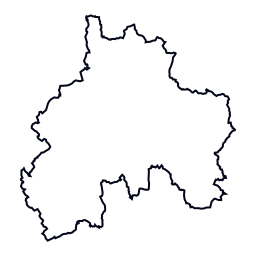 Loikaw, Kayah, Myanmar (Robinson projection)
{"feature_id": "60261553B25125997749826", "entity_name": "Loikaw", "entity_type": "district", "adm_level": 2, "iso_a3": "MMR", "parent_name": "Myanmar", "parent_adm1": "Kayah", "projection": "robinson", "projection_center": [97.339, 19.508], "detail": "fine", "context": "isolated", "style": "outline", "palette": "ink", "viewbox_px": 256, "rotation_deg": 0, "n_neighbors": 0, "source": "geoboundaries", "source_scale": "gbopen_adm2", "svg_char_len": 5770}
<svg xmlns="http://www.w3.org/2000/svg" viewBox="0 0 256 256"><path d="M225.5,193.8L223.8,192.7L222.8,192.5L223.1,191.1L222.6,190.3L220.8,190.1L219.8,187.8L217.7,185.7L213.8,184.3L215.7,179.7L216.6,180.0L218.1,178.9L219.3,180.3L220.8,179.7L222.5,180.2L223.6,178.1L226.0,177.9L225.4,176.0L224.4,176.2L223.4,175.8L223.2,174.0L222.3,172.4L222.6,171.4L221.9,169.5L220.8,169.6L219.8,168.3L219.7,167.8L220.2,167.1L217.4,164.1L217.7,163.2L217.4,159.9L218.3,159.1L218.1,158.0L218.5,157.0L218.1,156.1L215.2,154.4L214.7,153.8L214.8,152.7L217.6,152.4L218.7,150.9L220.4,149.8L220.4,149.1L222.2,147.6L222.9,146.2L222.9,144.7L223.3,143.3L225.1,141.7L225.6,140.0L226.4,139.5L226.4,139.0L227.5,137.8L229.4,136.4L229.3,135.3L230.0,133.9L232.6,130.8L234.7,130.3L235.0,129.7L233.5,128.3L232.4,127.9L232.3,126.6L231.3,126.1L230.7,122.6L228.5,123.0L228.7,119.4L230.1,115.2L229.7,114.1L229.9,112.6L229.1,110.3L229.3,108.9L227.0,104.7L228.1,102.7L227.7,101.0L229.1,99.2L227.7,96.5L225.0,96.0L223.9,94.4L222.5,93.9L220.4,94.7L217.7,95.1L216.5,96.0L213.9,94.2L212.3,92.3L210.1,91.2L208.6,91.1L207.9,90.1L206.6,89.4L206.1,89.9L206.6,91.2L206.6,92.4L205.9,93.3L203.1,93.9L200.7,93.2L198.4,93.3L195.9,90.6L195.1,90.7L193.3,92.4L192.4,92.6L189.3,89.8L188.5,89.8L187.4,88.8L186.1,89.5L182.4,89.5L182.5,89.2L181.4,89.2L180.6,88.4L179.9,88.4L178.4,86.7L177.9,85.4L178.2,83.7L177.2,82.2L175.5,81.5L175.4,80.8L175.8,80.0L174.0,79.3L172.9,79.5L172.0,77.9L170.1,77.6L169.5,76.3L169.6,73.5L169.3,72.1L169.6,69.1L170.7,67.0L172.6,61.3L173.0,57.5L174.7,55.3L175.7,53.6L175.5,53.1L173.8,52.6L172.4,53.2L166.6,52.9L165.5,49.6L163.9,48.1L162.7,45.6L165.3,42.1L164.0,41.9L162.3,39.6L160.6,38.2L158.9,38.1L157.5,37.1L157.0,37.2L155.4,40.3L152.3,40.8L149.9,41.9L146.8,41.9L145.7,42.3L145.8,40.4L143.6,36.9L142.0,35.7L138.9,35.0L137.1,33.6L136.4,30.9L134.7,28.9L134.9,27.7L134.2,24.6L133.2,24.8L131.0,26.1L127.4,26.9L126.6,29.1L124.2,30.5L123.9,31.6L124.5,32.4L124.7,34.1L123.0,38.2L120.1,37.3L118.6,38.4L116.5,38.2L115.3,39.1L112.0,38.9L110.4,39.8L109.9,39.3L108.9,39.5L106.5,38.0L104.1,37.4L103.9,36.5L103.2,36.4L102.5,37.2L101.5,35.9L101.7,32.7L101.4,30.9L100.6,29.5L101.4,28.2L101.2,24.8L100.3,24.5L100.1,23.7L100.1,21.5L99.2,19.5L99.0,17.1L95.3,17.0L95.1,16.3L92.7,16.4L90.9,15.4L87.6,16.7L86.6,16.3L86.0,17.6L87.6,19.8L86.6,20.1L88.1,22.3L88.6,24.8L88.1,26.5L86.2,28.9L86.3,31.1L87.1,31.6L87.3,32.2L85.3,36.9L87.0,42.4L86.7,43.1L86.7,45.7L87.9,48.9L89.1,50.3L89.5,52.5L88.2,52.4L86.5,53.1L85.8,56.8L84.0,60.9L85.7,64.5L87.0,64.3L87.6,65.2L87.1,67.0L89.0,68.1L86.9,69.6L85.0,68.1L84.2,69.3L80.4,72.1L82.7,80.3L80.1,81.3L75.9,80.4L74.1,81.3L71.8,83.6L69.4,84.8L67.1,85.5L60.2,85.9L59.7,88.7L58.9,89.9L60.4,94.3L60.3,95.4L59.3,95.0L59.2,96.1L58.3,97.6L56.5,97.8L54.2,97.4L50.9,99.4L49.2,101.3L47.9,103.7L46.1,110.0L42.3,113.3L41.2,111.8L39.5,112.1L39.0,114.9L36.8,117.0L38.0,119.8L38.3,122.0L38.8,122.6L37.4,123.2L36.0,122.4L32.8,124.2L31.9,125.8L31.7,128.0L34.8,130.8L36.4,131.5L39.1,134.3L38.8,136.0L37.6,136.4L37.7,137.4L38.8,138.9L42.0,141.0L44.2,138.9L45.9,139.7L46.4,141.7L48.4,143.5L50.3,146.7L49.0,149.0L43.1,152.6L41.5,152.6L39.4,155.3L37.8,156.5L37.5,157.6L36.8,157.4L35.4,158.9L34.8,158.8L34.5,160.9L33.6,160.9L33.1,162.3L32.0,163.2L33.7,165.5L34.2,167.3L32.0,169.9L31.3,171.5L30.4,171.8L29.7,172.7L29.5,174.8L30.3,176.1L28.9,175.9L27.6,173.3L24.9,170.9L23.9,168.4L23.4,169.2L21.5,170.4L21.4,175.4L22.5,177.8L21.1,178.8L21.1,180.1L23.3,181.8L23.2,182.6L21.9,183.1L21.0,186.4L22.5,188.8L25.0,189.4L23.2,191.4L25.3,194.8L27.9,196.5L28.3,197.2L26.1,198.6L25.7,200.5L26.5,201.9L26.9,204.8L28.4,206.5L30.3,207.8L31.7,207.7L34.3,210.6L37.6,209.1L40.5,213.7L39.4,216.0L41.0,218.5L42.4,219.5L43.2,220.6L41.6,223.6L42.9,224.7L43.6,226.5L46.1,227.3L47.1,228.8L44.4,230.9L43.1,233.1L42.4,233.6L44.3,235.0L45.5,237.0L45.6,238.2L47.7,240.6L52.6,238.3L54.6,236.8L55.4,238.2L59.8,236.3L62.8,234.2L66.9,233.6L68.2,232.8L69.8,233.3L72.8,232.2L73.4,231.2L75.5,230.1L75.9,229.0L76.3,224.4L77.4,223.9L77.1,222.7L78.5,222.9L78.0,221.4L78.8,221.1L79.0,221.6L79.8,220.9L82.3,221.1L82.9,220.4L84.9,220.1L86.8,220.9L89.8,222.9L90.2,224.2L89.7,225.7L90.4,226.5L91.3,225.7L92.8,226.6L94.5,226.3L95.0,224.8L95.9,226.0L98.6,227.4L98.3,226.7L98.7,226.2L100.2,227.0L101.8,226.7L102.3,226.2L102.6,224.1L102.3,222.0L102.6,220.1L101.7,218.6L102.1,216.9L101.9,215.2L103.9,211.5L104.8,211.2L105.2,209.4L104.9,205.4L102.6,202.1L100.2,196.6L102.1,195.8L102.4,194.8L102.6,192.4L101.5,185.3L100.9,184.0L101.1,182.8L102.5,181.9L102.8,180.4L105.6,180.7L106.6,182.1L108.7,182.0L110.5,183.5L114.9,182.0L116.9,181.9L118.8,180.3L120.3,180.4L121.1,179.6L120.2,178.9L119.6,177.8L122.2,174.8L123.9,176.5L123.9,176.1L124.4,177.7L124.2,179.9L126.5,182.4L126.9,186.6L128.3,187.1L128.7,188.8L128.5,190.7L129.1,191.6L128.8,192.6L130.5,196.5L129.9,197.3L131.9,199.0L132.5,195.5L134.8,195.2L136.6,195.7L138.1,194.8L138.7,193.4L139.3,189.2L139.8,188.6L142.3,188.7L144.1,189.5L148.0,189.8L148.8,188.9L149.1,182.9L148.5,180.0L148.9,171.7L148.6,169.2L151.1,168.1L151.3,166.2L151.9,165.8L152.4,166.8L153.0,166.5L153.4,167.0L154.7,166.9L155.5,167.5L157.4,165.6L158.8,168.0L159.4,168.2L161.6,165.3L162.7,166.6L162.8,168.1L163.1,168.6L165.5,169.6L169.2,172.6L170.0,174.2L170.7,174.4L170.5,176.4L170.9,178.3L172.3,181.0L172.4,182.0L171.8,183.4L172.3,184.4L173.2,184.5L174.9,183.6L175.1,184.2L175.5,184.0L177.2,185.2L178.2,187.2L179.1,188.0L179.3,189.5L180.6,190.0L181.3,189.7L181.6,190.1L182.9,189.8L184.4,190.5L184.0,195.2L184.6,199.2L185.8,201.8L186.2,203.3L187.4,203.1L189.2,204.0L190.3,205.1L190.0,205.6L190.6,207.3L192.1,206.7L194.6,208.2L198.7,208.2L201.1,208.7L204.3,208.4L205.9,207.6L210.2,207.4L211.6,201.7L214.1,198.9L214.9,198.7L218.7,200.0L221.2,200.1L221.2,198.6L220.6,196.9L223.1,194.0L225.5,193.8Z" fill="none" stroke="#020617" stroke-width="2"/></svg>